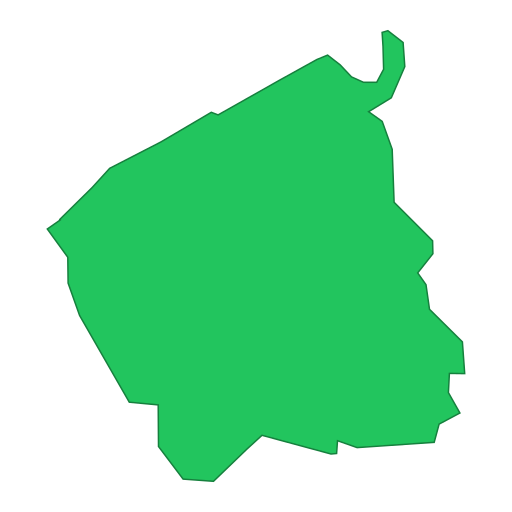 map outline of Craigavon (Mercator projection)
{"feature_id": "GBR-2088", "entity_name": "Craigavon", "entity_type": "District", "adm_level": 1, "iso_a3": "GBR", "parent_name": "United Kingdom", "parent_adm1": "", "projection": "mercator", "projection_center": [-6.356, 54.494], "detail": "fine", "context": "isolated", "style": "filled", "palette": "green", "viewbox_px": 512, "rotation_deg": 0, "n_neighbors": 0, "source": "natural_earth", "source_scale": "10m", "svg_char_len": 747}
<svg xmlns="http://www.w3.org/2000/svg" viewBox="0 0 512 512"><path d="M213.5,481.3L183.1,479.1L158.5,446.5L158.2,404.9L129.3,402.2L79.6,315.5L68.1,283.1L67.8,257.3L47.3,229.0L60.3,219.9L59.8,219.4L92.1,187.6L109.7,168.3L160.8,142.0L211.3,112.3L218.1,114.9L279.7,80.1L316.9,59.5L327.6,55.1L340.2,64.9L351.5,76.9L363.5,82.3L376.7,82.3L383.6,69.3L383.0,46.4L382.1,32.4L387.9,30.7L403.1,42.5L404.8,66.6L391.3,97.8L368.6,111.7L382.2,121.4L392.2,149.3L394.1,202.3L432.6,240.8L432.9,253.7L417.7,272.9L426.0,284.7L429.5,309.3L462.4,341.9L464.7,373.6L449.4,373.4L448.4,392.6L459.9,413.0L439.1,424.1L434.2,442.3L357.1,447.6L337.5,440.7L336.6,453.5L331.0,454.0L262.0,435.3L246.8,449.2L213.5,481.3Z" fill="#22c55e" stroke="#15803d" stroke-width="1.5"/></svg>